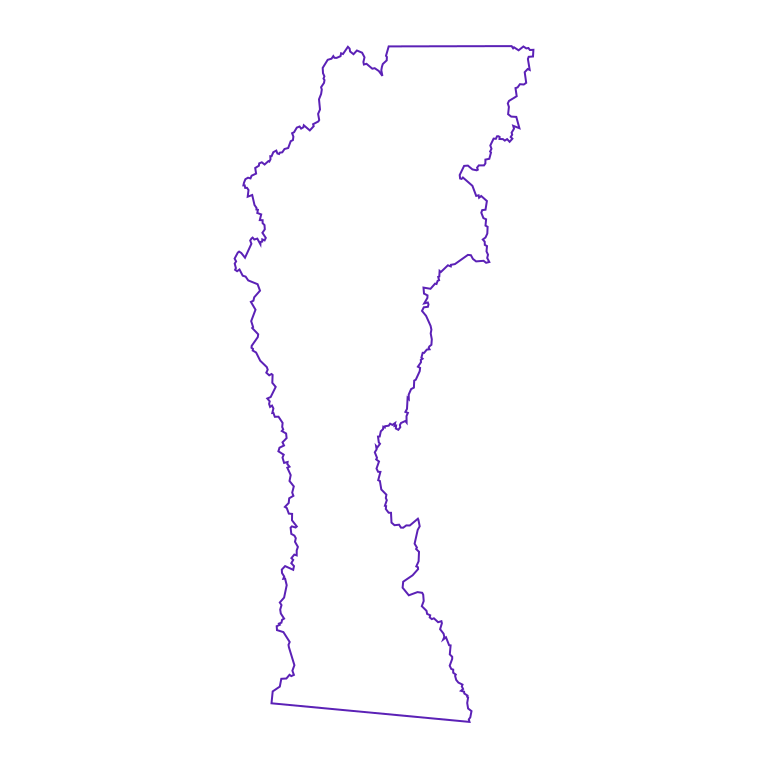 the district of São Félix do Xingu, Pará, Brazil
{"feature_id": "56859067B65108742349990", "entity_name": "São Félix do Xingu", "entity_type": "district", "adm_level": 2, "iso_a3": "BRA", "parent_name": "Brazil", "parent_adm1": "Pará", "projection": "equal_earth", "projection_center": [-52.202, -7.461], "detail": "fine", "context": "isolated", "style": "outline", "palette": "violet", "viewbox_px": 768, "rotation_deg": 0, "n_neighbors": 0, "source": "geoboundaries", "source_scale": "gbopen_adm2", "svg_char_len": 6055}
<svg xmlns="http://www.w3.org/2000/svg" viewBox="0 0 768 768"><path d="M271.5,703.3L469.5,721.9L468.8,719.4L470.3,717.3L471.5,711.1L468.1,708.5L467.2,703.0L468.1,697.4L467.1,696.7L467.5,695.6L464.3,693.5L464.1,691.7L461.0,690.8L463.1,689.0L461.8,686.4L462.5,684.6L458.4,682.6L456.2,679.9L455.1,675.9L455.8,674.6L453.2,672.7L453.2,669.6L451.3,669.0L449.7,665.7L452.2,658.9L452.2,656.8L449.8,654.4L450.6,645.4L449.1,645.2L446.0,637.3L443.3,639.4L444.3,637.0L443.6,633.7L440.1,629.2L441.9,623.2L441.4,621.2L438.1,622.2L433.9,618.3L431.8,619.1L429.7,617.4L430.2,615.3L427.1,613.9L426.5,610.8L421.8,606.2L423.7,601.0L423.2,594.7L422.2,592.8L417.5,592.1L408.8,595.3L402.6,587.7L403.2,581.7L412.6,575.3L418.1,569.1L417.9,567.2L416.3,566.4L418.6,561.3L419.0,551.8L416.1,549.0L416.9,547.5L414.6,543.7L417.7,529.9L419.7,526.3L418.4,519.8L417.9,518.7L409.8,525.5L406.3,525.4L403.2,527.7L400.9,527.6L399.1,524.7L394.5,525.2L391.5,522.6L391.0,512.8L388.6,512.7L385.8,509.0L386.1,506.1L384.9,505.8L386.8,500.2L385.8,498.0L386.4,494.7L381.3,489.5L379.9,481.0L378.2,480.2L380.4,471.9L378.1,471.8L376.5,468.6L379.0,461.5L376.2,459.4L377.0,457.8L374.8,452.3L376.6,449.4L376.1,446.1L377.3,447.5L380.0,443.8L378.8,442.4L378.0,436.6L379.7,436.5L380.8,431.3L383.0,429.2L383.3,426.7L384.8,427.5L385.1,426.2L388.7,425.7L390.1,423.7L392.4,424.9L395.1,423.0L394.5,426.0L396.1,425.6L395.8,428.5L398.3,429.8L400.3,427.2L399.9,425.0L401.0,423.0L405.3,421.0L406.6,422.6L406.5,416.1L407.9,412.9L405.4,411.9L407.0,408.9L407.6,397.8L408.8,399.1L408.7,394.6L411.1,389.1L413.9,387.6L414.2,380.6L415.8,379.7L419.7,371.2L420.1,367.9L417.9,366.7L421.0,362.2L420.8,359.9L422.6,358.7L421.4,357.6L422.7,352.8L424.1,352.9L426.8,349.6L429.5,349.3L428.7,347.9L429.3,346.5L431.4,344.8L431.8,339.3L430.7,333.4L431.4,329.7L430.6,325.9L426.1,315.9L422.0,310.9L423.8,307.3L427.9,306.8L428.5,304.4L427.8,302.5L424.2,303.4L427.4,297.9L427.5,295.4L424.0,293.6L423.5,287.6L430.5,288.8L435.1,283.6L436.5,284.0L437.6,280.9L439.1,280.2L438.2,276.9L439.3,276.5L439.6,270.9L440.9,272.0L447.9,265.3L450.8,266.4L451.0,264.8L454.9,264.1L467.9,254.9L470.9,255.2L472.9,258.9L476.1,261.4L483.6,260.8L486.1,262.8L489.3,262.0L487.2,258.0L488.0,254.7L486.5,251.4L487.0,246.1L484.8,244.9L484.7,241.7L482.8,239.5L485.5,237.5L487.3,233.6L487.6,226.8L485.5,225.6L486.1,219.3L483.4,218.1L481.3,212.7L482.2,210.1L485.5,209.7L486.9,201.0L481.2,196.0L479.1,197.7L478.6,195.3L476.2,195.9L472.4,185.8L462.9,177.5L461.6,178.9L460.1,178.5L459.7,175.0L464.1,165.9L467.9,165.6L472.4,169.4L476.7,170.3L477.8,169.7L477.1,167.6L478.8,165.4L484.0,165.4L485.4,163.4L485.4,159.6L489.3,158.8L491.0,152.5L490.1,151.5L491.5,148.8L490.3,145.5L493.6,138.6L495.9,138.8L497.0,136.3L498.3,136.2L499.6,136.9L499.5,139.0L502.9,139.1L504.8,140.6L507.1,139.1L509.6,141.8L512.4,138.7L510.7,137.0L512.2,134.7L511.6,132.7L514.0,128.7L513.2,125.8L519.4,128.2L516.3,116.9L511.2,116.6L508.1,114.2L508.9,106.9L507.8,103.4L509.0,100.9L516.7,96.2L515.5,88.1L517.6,87.4L519.9,84.2L523.8,84.5L526.2,82.8L524.7,72.2L527.7,69.0L529.7,69.9L527.9,59.0L528.7,56.8L533.0,56.5L533.4,49.8L529.9,50.0L528.4,48.0L526.3,48.4L523.4,46.5L518.6,50.3L514.0,47.3L513.1,48.3L511.6,46.1L388.7,46.4L386.0,55.8L386.9,57.0L386.7,60.4L382.8,64.0L381.9,66.9L381.3,70.3L382.4,75.9L378.8,71.0L374.7,68.2L372.3,68.7L366.5,63.8L363.9,64.5L363.4,62.0L364.5,57.3L362.1,52.7L356.9,50.5L353.5,54.2L350.1,51.5L349.6,48.6L347.9,46.8L343.0,54.0L341.1,53.3L340.5,56.2L336.6,57.9L334.4,57.8L333.3,56.1L331.5,58.7L327.7,59.8L322.7,67.9L323.0,73.2L324.4,76.3L323.5,78.6L324.5,80.1L324.0,82.9L321.1,87.2L321.8,89.6L321.1,94.0L319.0,99.3L320.0,109.5L318.1,113.9L319.2,120.0L318.3,121.5L313.1,124.2L313.7,126.2L309.8,130.4L303.8,125.3L303.3,127.3L301.1,128.6L299.6,126.5L296.8,127.6L294.1,132.2L292.1,133.2L293.4,136.7L292.9,140.1L290.7,141.2L288.2,148.0L284.5,149.0L282.3,152.3L279.7,152.7L279.1,154.0L277.4,153.5L276.3,150.6L273.3,152.2L271.6,156.2L270.3,156.2L270.5,159.3L269.3,161.6L268.4,161.1L264.6,164.5L261.8,162.3L259.2,163.4L258.9,165.7L255.2,168.0L256.1,173.6L251.6,175.7L250.5,178.4L248.0,177.7L245.4,179.2L244.0,182.7L243.4,185.4L244.7,185.4L245.2,187.9L247.0,187.8L248.5,190.0L247.7,196.7L252.2,195.0L254.5,205.0L256.5,207.9L256.4,209.5L257.9,209.8L257.3,213.0L261.2,214.4L259.8,220.1L262.6,220.2L262.6,223.1L264.5,225.1L264.8,229.3L262.4,232.8L265.8,237.9L264.6,240.4L262.3,239.4L262.2,241.6L260.5,242.0L260.4,244.3L257.3,238.6L254.3,239.5L252.6,237.6L251.5,238.5L250.2,240.5L251.4,243.8L245.0,257.7L241.3,253.0L239.1,251.6L237.8,252.6L234.6,258.6L236.1,261.4L234.7,263.6L235.9,268.1L235.1,269.8L237.1,271.2L239.5,269.5L242.7,275.7L245.6,276.6L248.2,280.4L257.6,284.2L260.0,290.7L254.2,297.3L253.4,300.7L250.9,301.9L255.5,309.7L251.2,321.1L253.1,327.1L252.2,328.0L258.2,334.3L257.8,337.1L251.7,345.8L251.5,347.8L253.0,348.9L252.7,350.5L256.1,352.5L260.2,360.7L266.8,367.1L267.7,369.7L266.3,372.7L269.2,375.3L271.5,374.0L272.6,374.9L272.3,382.8L275.7,386.9L270.7,397.0L267.3,398.5L269.7,401.3L269.1,403.9L270.1,406.9L272.0,405.6L273.4,408.4L272.3,413.0L273.4,412.9L274.8,416.8L278.5,416.7L282.6,422.9L282.2,427.0L283.2,429.4L281.8,431.0L286.1,433.5L286.6,438.1L282.5,442.3L284.0,445.5L279.5,447.7L278.4,451.3L283.7,454.7L282.5,457.6L284.1,462.9L287.6,462.0L287.3,464.0L289.5,466.7L287.3,467.7L290.7,475.1L289.5,481.0L293.8,486.4L292.2,492.6L293.4,495.8L289.2,498.3L288.7,503.0L284.9,506.9L286.8,508.1L288.8,513.6L292.1,513.9L292.0,520.3L296.8,526.5L295.6,527.5L291.9,526.4L290.6,527.7L291.3,533.9L294.4,535.6L295.8,538.2L295.0,541.8L297.9,546.9L296.7,550.4L296.7,555.4L294.3,554.6L291.4,558.1L293.2,559.9L291.3,563.2L294.0,566.1L293.2,569.8L285.1,566.1L281.8,569.6L282.0,573.0L284.2,576.5L283.3,578.8L285.1,578.6L286.7,585.2L284.1,597.6L279.8,602.5L281.5,605.1L280.2,609.6L280.8,613.5L284.1,618.6L282.1,619.8L281.4,622.7L279.0,623.6L279.8,624.8L276.7,626.2L277.0,630.1L283.4,632.1L289.7,642.0L288.5,644.8L288.9,647.2L294.4,665.2L292.4,670.7L293.9,674.9L291.3,676.1L289.5,674.8L286.4,678.5L281.3,678.8L279.8,686.6L272.7,691.4L271.5,703.3Z" fill="none" stroke="#5b21b6" stroke-width="2"/></svg>